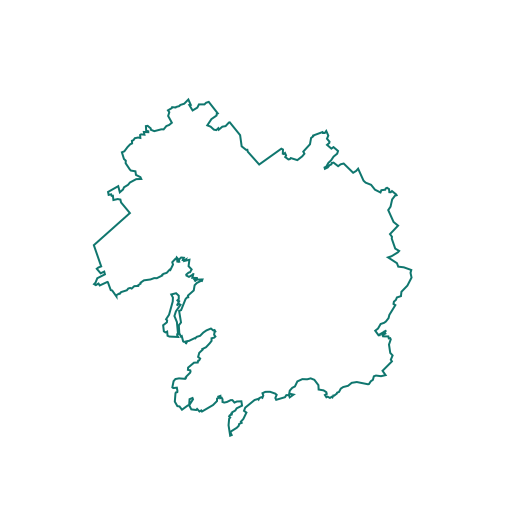 Tønsberg nor, Vestfold, Norway (Albers equal-area conic projection), rotated 57°
{"feature_id": "86288312B49956030196475", "entity_name": "Tønsberg nor", "entity_type": "district", "adm_level": 2, "iso_a3": "NOR", "parent_name": "Norway", "parent_adm1": "Vestfold", "projection": "albers", "projection_center": [10.379, 59.3], "detail": "fine", "context": "isolated", "style": "outline", "palette": "teal", "viewbox_px": 512, "rotation_deg": 57, "n_neighbors": 0, "source": "geoboundaries", "source_scale": "gbopen_adm2", "svg_char_len": 6111}
<svg xmlns="http://www.w3.org/2000/svg" viewBox="0 0 512 512"><g transform="rotate(57 256 256)"><path d="M352.3,133.4L346.0,138.2L342.4,142.5L338.8,141.7L329.1,146.0L330.0,142.4L330.2,135.0L329.7,133.2L325.6,135.2L315.4,132.7L313.9,131.5L310.6,131.7L307.9,120.3L302.4,122.1L289.5,120.1L287.9,116.3L282.7,111.0L281.1,106.5L281.6,105.0L280.8,104.9L275.6,106.6L275.9,108.3L275.1,109.4L272.4,108.0L270.2,108.9L270.0,110.4L270.8,111.5L269.1,115.0L270.5,117.0L265.2,120.1L259.0,120.7L254.2,124.1L251.4,124.8L238.4,122.8L239.2,125.6L239.1,129.2L226.2,132.1L225.2,135.1L225.4,138.2L219.9,140.1L219.3,141.8L220.2,142.9L219.9,144.9L220.8,147.6L220.4,150.7L219.1,150.3L219.3,148.4L217.3,144.5L216.7,141.0L214.9,136.8L214.4,132.2L212.6,130.0L206.9,131.7L207.0,134.3L201.5,135.9L201.1,133.0L200.2,132.1L196.3,132.6L194.4,129.8L189.4,129.0L190.3,131.3L189.3,132.9L188.3,132.7L186.1,142.5L186.8,142.8L187.0,145.5L191.7,149.9L194.2,159.5L196.6,159.7L197.6,163.0L198.1,169.1L192.8,173.5L193.2,174.8L192.7,176.2L188.9,177.6L188.1,176.0L185.4,175.6L185.6,177.2L184.8,177.8L181.4,175.4L179.8,176.3L181.0,203.5L164.0,206.1L162.2,205.4L161.6,206.5L156.2,208.3L146.0,203.5L129.6,205.2L129.3,206.0L130.5,210.8L129.2,213.8L129.8,218.4L128.3,218.1L128.8,220.7L127.1,222.5L122.8,223.6L119.9,225.7L116.9,218.8L116.7,212.6L115.4,211.5L115.6,210.4L101.0,211.7L100.3,214.4L100.8,216.7L97.8,221.3L99.6,224.4L99.4,229.9L93.1,229.7L93.7,228.4L87.9,227.5L89.2,233.3L88.1,237.2L88.5,238.7L87.5,241.8L87.7,242.5L85.5,245.3L86.1,246.1L85.9,250.5L88.2,250.4L90.7,253.4L98.4,254.0L98.8,257.5L98.2,260.4L99.5,264.5L98.2,266.4L95.9,273.3L92.9,275.4L91.6,274.8L87.8,276.0L87.1,277.6L91.2,279.9L92.7,278.4L93.5,278.9L90.9,282.5L93.5,283.5L91.4,286.1L91.4,287.3L94.0,288.7L92.4,290.4L91.2,293.5L92.1,295.7L91.8,297.3L94.1,298.6L93.8,300.7L94.7,304.5L96.5,309.4L96.0,312.0L102.7,313.9L105.1,313.3L107.2,314.8L114.7,314.7L116.2,314.4L119.3,311.0L122.6,312.5L126.9,310.0L128.9,310.3L126.3,314.6L125.7,321.7L126.6,324.5L126.5,329.3L127.8,331.3L128.4,335.5L122.4,333.5L121.7,345.2L124.5,346.3L125.4,343.9L126.9,344.3L127.5,343.2L131.4,345.1L132.9,341.0L134.8,339.0L137.6,340.0L151.3,338.4L158.6,386.1L180.4,391.5L179.8,394.5L180.0,396.5L185.9,395.7L186.4,391.8L189.1,392.7L188.2,401.2L191.0,405.2L191.4,407.1L193.2,406.2L193.3,403.1L195.6,403.1L196.8,394.8L197.3,394.5L205.5,396.4L206.6,395.4L213.9,395.1L212.8,394.5L213.0,391.2L213.5,390.9L212.8,388.8L214.4,383.0L213.7,380.8L214.3,378.9L215.6,378.0L215.0,374.5L216.9,371.2L216.4,371.0L216.3,367.8L215.5,367.4L215.4,363.2L218.2,357.3L219.1,353.4L220.6,351.3L221.3,345.2L220.6,344.8L220.6,343.2L221.5,340.1L220.4,335.8L221.1,335.5L218.0,330.3L215.6,329.6L214.5,325.3L215.2,324.9L214.0,323.3L216.1,323.0L217.8,325.0L218.6,324.3L219.0,323.5L217.1,322.7L216.5,319.6L218.2,317.5L219.5,319.7L220.3,319.1L220.6,316.9L221.3,318.3L222.9,313.9L227.8,318.1L232.2,317.3L233.7,320.1L233.2,321.6L233.6,324.6L234.5,325.0L237.0,323.6L237.2,318.8L236.4,317.7L239.6,321.3L242.7,316.9L242.3,320.3L243.0,320.0L243.9,321.3L243.5,318.6L246.5,313.7L247.5,315.0L246.9,315.6L246.4,320.3L247.1,323.4L251.0,327.0L252.1,334.6L253.7,335.3L253.2,336.6L253.8,338.6L260.6,348.3L260.2,350.4L270.9,355.1L272.1,358.5L279.0,362.4L282.8,362.8L282.8,361.9L287.9,363.6L288.9,363.1L289.7,360.8L291.6,362.9L290.0,360.0L290.7,358.4L291.5,352.1L292.0,351.8L291.5,349.8L292.5,346.4L291.5,341.9L291.4,338.1L292.3,333.3L295.1,332.4L295.5,331.1L297.2,331.2L297.2,332.2L299.2,334.0L301.4,333.9L301.7,335.5L300.8,338.1L303.0,339.5L304.0,342.4L305.3,347.6L304.8,351.7L305.5,351.8L306.3,356.3L309.1,359.5L311.6,358.7L312.6,360.5L312.3,361.5L313.6,362.9L311.7,366.1L312.6,373.7L314.4,375.1L316.1,373.4L317.2,373.8L318.0,374.8L319.1,379.9L320.1,381.2L319.7,381.4L320.4,382.4L316.7,387.2L315.3,390.6L316.1,393.3L320.6,397.7L321.7,397.3L323.3,394.1L326.4,395.4L327.3,396.2L326.8,397.6L327.3,398.3L333.9,403.4L339.1,403.7L340.5,402.1L344.6,401.8L344.2,394.6L344.8,393.4L339.9,389.7L340.5,386.6L341.9,386.9L344.8,393.3L349.4,393.8L352.6,390.0L352.2,388.7L355.6,388.1L355.7,386.0L357.0,386.0L357.6,373.2L356.4,367.7L354.4,366.3L354.6,364.5L353.4,364.2L353.9,362.1L355.8,363.3L356.1,362.0L357.9,362.1L360.2,363.6L361.6,362.5L362.6,359.9L363.1,355.7L364.0,354.3L367.2,353.9L367.6,351.3L369.9,347.4L373.9,349.2L373.2,355.2L374.3,357.5L374.1,361.1L375.5,362.5L375.1,362.8L375.7,363.1L375.3,364.8L375.9,365.9L377.4,365.6L377.9,367.2L383.0,371.2L392.6,375.5L392.9,373.9L390.0,373.6L389.5,371.9L389.6,365.7L389.0,363.0L387.7,361.6L388.1,358.9L386.7,358.9L385.8,355.4L382.1,349.3L379.3,350.4L377.3,347.6L376.0,335.6L377.0,332.1L377.8,332.0L377.0,330.6L377.3,328.4L378.4,327.9L377.0,325.9L374.6,325.3L375.0,322.2L377.5,318.2L381.9,314.8L383.7,314.3L385.6,317.1L387.6,317.4L390.2,308.6L389.2,306.3L390.7,304.2L392.9,304.7L392.7,300.0L389.5,303.1L387.3,301.0L386.3,297.4L386.6,294.4L383.7,289.6L384.5,284.2L387.3,280.2L388.4,276.8L391.6,274.5L398.3,274.0L402.1,276.2L405.5,272.5L408.5,271.2L410.2,271.8L410.1,273.9L412.8,273.9L412.9,272.6L415.3,271.3L415.3,269.2L416.2,268.9L415.1,267.1L415.7,266.5L415.4,263.1L414.8,262.4L415.2,260.4L413.4,257.1L413.4,254.2L415.0,249.5L414.5,244.8L416.6,240.1L424.6,231.9L424.9,230.9L423.6,228.0L423.5,225.4L421.1,222.7L421.6,220.5L424.9,216.6L426.5,212.2L421.2,212.4L418.4,199.4L416.4,199.4L413.8,195.6L410.4,196.2L402.7,192.7L399.3,188.4L398.0,188.2L397.4,189.5L395.5,188.8L392.6,193.2L391.1,193.0L391.5,189.7L389.5,189.5L389.5,187.2L389.2,189.8L389.8,190.5L389.3,191.0L389.1,195.0L389.8,195.4L389.3,196.4L383.6,196.7L383.3,193.2L380.9,188.5L381.8,185.0L381.7,182.8L380.3,178.7L378.0,176.2L373.1,165.9L371.1,166.8L369.4,165.2L369.0,162.6L367.5,160.4L368.6,156.3L365.2,153.5L363.3,145.2L358.8,137.3L354.3,135.6L352.3,133.4ZM281.5,365.4L279.4,365.2L278.7,364.7L279.0,363.9L268.3,358.3L261.9,357.1L258.8,353.3L255.8,345.9L253.9,346.8L254.5,349.4L251.7,344.3L251.8,345.9L250.4,346.1L250.0,344.2L247.2,342.4L243.7,343.3L242.1,348.0L245.6,348.3L248.8,350.6L257.9,360.9L260.1,365.9L261.6,365.6L263.1,366.9L263.5,371.6L269.0,374.3L270.8,373.5L271.0,371.7L274.7,373.6L276.4,372.5L281.5,365.4Z" fill="none" stroke="#0f766e" stroke-width="2"/></g></svg>